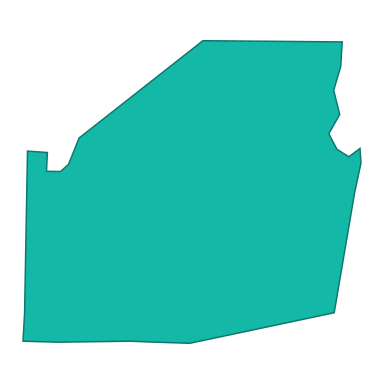 outline of Highland, Ohio, United States of America
{"feature_id": "52423323B51867153498623", "entity_name": "Highland", "entity_type": "district", "adm_level": 2, "iso_a3": "USA", "parent_name": "United States of America", "parent_adm1": "Ohio", "projection": "equal_earth", "projection_center": [-83.601, 39.199], "detail": "fine", "context": "isolated", "style": "filled", "palette": "teal", "viewbox_px": 384, "rotation_deg": 0, "n_neighbors": 0, "source": "geoboundaries", "source_scale": "gbopen_adm2", "svg_char_len": 418}
<svg xmlns="http://www.w3.org/2000/svg" viewBox="0 0 384 384"><path d="M27.5,151.1L24.6,312.4L23.0,341.2L58.4,342.2L129.8,341.2L150.4,342.0L189.7,343.3L334.2,312.7L354.6,192.9L361.0,163.0L360.0,148.4L348.9,156.8L336.9,149.2L328.8,133.7L339.7,114.5L333.7,90.3L340.7,66.7L342.2,41.9L202.9,40.7L79.1,138.0L68.5,164.4L60.5,171.5L46.5,171.3L47.4,152.5L27.5,151.1Z" fill="#14b8a6" stroke="#0f766e" stroke-width="1.5"/></svg>